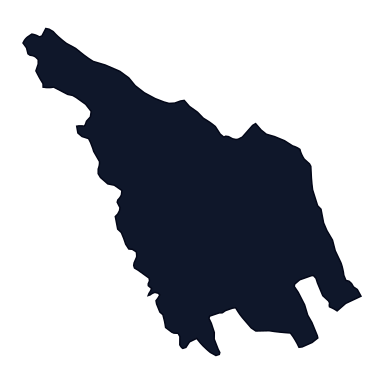 outline of Luncavita, Caras-Severin, Romania
{"feature_id": "2599482B30693199299192", "entity_name": "Luncavita", "entity_type": "district", "adm_level": 2, "iso_a3": "ROU", "parent_name": "Romania", "parent_adm1": "Caras-Severin", "projection": "equal_earth", "projection_center": [22.223, 45.101], "detail": "fine", "context": "isolated", "style": "filled", "palette": "ink", "viewbox_px": 384, "rotation_deg": 0, "n_neighbors": 0, "source": "geoboundaries", "source_scale": "gbopen_adm2", "svg_char_len": 3384}
<svg xmlns="http://www.w3.org/2000/svg" viewBox="0 0 384 384"><path d="M321.0,209.2L317.6,205.7L312.6,189.8L311.9,183.9L311.4,178.0L311.1,172.2L310.8,166.3L309.5,163.9L304.2,159.1L302.8,156.8L301.6,154.4L300.6,151.9L299.9,149.4L298.6,148.5L297.2,147.7L295.7,147.0L294.2,146.4L292.6,145.9L284.5,140.7L274.6,136.6L266.3,134.2L261.1,130.0L255.6,123.6L252.6,125.4L242.3,137.1L238.2,139.2L236.0,139.5L232.6,138.8L228.5,136.6L225.7,136.2L223.8,137.1L220.2,134.1L215.3,126.5L212.4,124.2L209.5,122.1L206.4,120.1L203.3,118.2L197.5,112.2L189.4,106.4L184.2,100.4L180.5,101.0L174.7,103.1L169.0,103.4L164.0,102.0L155.2,98.6L144.2,92.7L135.1,85.6L128.8,77.9L119.8,71.3L105.2,65.0L93.1,61.4L88.5,58.4L84.1,55.2L79.8,51.8L75.6,48.4L66.4,43.4L64.2,41.7L62.2,40.1L60.1,38.3L58.1,36.6L55.6,34.2L53.2,31.6L49.1,29.2L45.8,28.5L41.9,36.0L39.3,36.9L38.5,36.4L37.6,35.9L36.7,35.5L35.8,35.1L34.8,34.8L33.8,34.5L32.9,34.3L31.8,34.1L27.4,37.1L26.3,38.1L25.3,39.2L24.4,40.4L23.7,41.7L23.0,43.0L26.5,47.8L28.0,53.8L30.0,55.2L31.3,55.4L32.5,55.6L33.7,56.0L34.9,56.6L35.7,57.1L38.2,59.6L38.2,64.1L35.9,70.9L37.6,74.2L39.3,77.4L41.1,80.5L43.0,83.6L43.1,87.2L44.5,87.3L45.8,87.5L47.1,87.6L48.4,87.6L49.7,87.6L51.1,87.5L52.4,87.3L53.7,87.1L67.7,94.4L72.6,95.4L76.1,97.4L85.7,104.3L91.2,111.4L90.4,116.9L86.5,121.2L85.3,124.6L84.2,126.2L82.3,125.9L80.4,125.9L78.6,125.9L76.7,126.2L77.9,133.0L82.0,136.5L88.6,138.6L89.2,139.8L90.6,142.6L91.7,145.5L92.8,148.4L93.7,151.4L99.5,161.5L99.5,163.4L99.3,165.3L98.8,167.3L98.2,169.1L98.2,173.7L100.5,177.5L107.8,183.9L114.3,185.2L121.9,190.5L121.4,194.9L120.7,196.3L119.9,197.6L118.9,198.8L117.8,200.0L117.2,202.2L120.0,207.7L119.5,210.7L117.7,214.1L115.3,216.5L117.7,229.1L121.3,232.5L122.5,235.4L123.7,238.3L124.7,241.2L125.7,244.2L128.8,249.0L132.3,249.3L136.2,251.8L136.5,253.1L136.6,254.4L136.7,255.8L136.6,257.1L134.1,262.9L133.7,265.5L134.5,268.0L138.0,270.1L149.1,278.1L149.5,280.9L148.2,283.9L148.3,285.7L151.5,288.4L151.1,289.7L150.5,291.0L149.8,292.2L149.0,293.4L148.2,295.5L150.3,294.8L151.3,294.0L152.5,293.3L153.7,292.8L154.9,292.4L158.2,293.2L159.8,294.9L159.0,296.4L158.1,297.9L157.1,299.3L156.0,300.7L156.6,304.0L159.9,312.1L162.9,314.7L163.7,317.9L164.5,321.1L165.1,324.3L165.6,327.5L171.8,332.2L173.9,333.1L178.1,333.3L179.9,336.6L179.8,344.8L180.3,345.7L180.9,346.6L181.6,347.5L182.5,348.2L182.8,348.4L185.9,347.4L189.5,341.9L196.7,338.4L200.6,343.2L203.0,345.8L204.8,347.5L206.6,349.2L208.4,350.8L210.3,352.4L215.9,355.5L219.3,354.4L219.8,352.5L218.2,349.4L214.2,339.1L214.3,332.5L211.3,323.3L208.9,318.3L209.7,316.1L219.2,312.9L222.3,312.8L225.5,310.6L232.4,308.2L235.6,307.7L237.0,310.0L238.4,312.2L239.9,314.4L241.5,316.5L242.7,318.0L251.2,327.9L255.8,331.0L269.1,330.7L274.4,331.5L279.7,332.1L285.1,332.6L290.4,333.0L292.9,336.4L295.1,339.9L297.2,343.6L299.0,347.3L302.2,346.9L312.1,342.5L317.8,338.0L317.3,335.7L311.9,322.5L307.7,315.2L304.6,304.8L298.2,292.3L294.2,286.4L294.7,284.1L299.7,279.8L311.3,275.7L313.4,275.5L316.0,278.3L317.5,283.0L322.8,295.7L328.5,300.9L329.6,303.0L329.4,304.0L329.3,304.9L329.3,305.9L329.5,306.8L331.5,307.7L333.4,308.6L335.3,309.7L337.1,310.9L345.7,303.4L361.0,296.2L357.3,289.5L353.5,286.9L351.5,283.5L349.0,281.2L345.9,280.4L343.8,275.2L343.4,272.2L342.8,269.3L342.1,266.4L341.2,263.5L340.8,262.5L335.2,250.7L332.5,240.1L326.9,230.6L323.6,222.9L321.0,209.2Z" fill="#0f172a" stroke="#020617" stroke-width="1.5"/></svg>